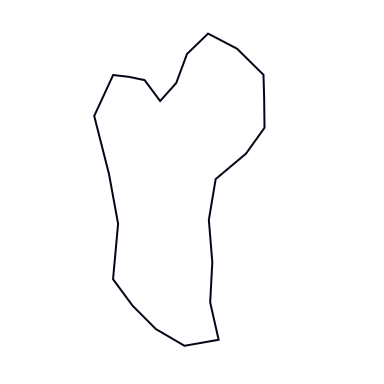 Hermanas, Mercator projection, rotated 346°
{"feature_id": "DOM-1968", "entity_name": "Hermanas", "entity_type": "Province", "adm_level": 1, "iso_a3": "DOM", "parent_name": "Dominican Republic", "parent_adm1": "", "projection": "mercator", "projection_center": [-70.354, 19.392], "detail": "fine", "context": "isolated", "style": "outline", "palette": "ink", "viewbox_px": 384, "rotation_deg": 346, "n_neighbors": 0, "source": "natural_earth", "source_scale": "10m", "svg_char_len": 454}
<svg xmlns="http://www.w3.org/2000/svg" viewBox="0 0 384 384"><g transform="rotate(346 192 192)"><path d="M245.9,42.2L270.4,63.9L289.7,95.6L284.7,118.5L277.9,147.2L253.7,167.8L218.1,185.2L201.6,223.1L194.7,265.1L182.9,303.6L182.1,341.8L147.5,339.4L123.8,316.3L106.8,287.9L94.3,257.5L112.6,205.0L115.8,154.5L115.5,94.6L143.8,59.4L159.1,65.2L173.1,72.0L183.1,96.0L203.1,82.4L220.5,56.9L245.9,42.2Z" fill="none" stroke="#020617" stroke-width="2"/></g></svg>